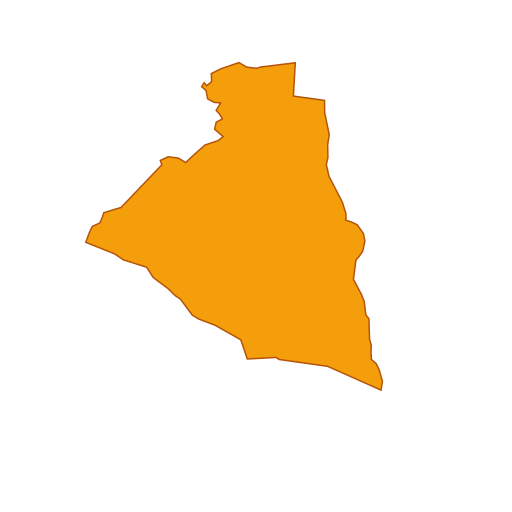 Ould Yenge, Guidimaka, Mauritania, rotated 329°
{"feature_id": "47542326B88135317282644", "entity_name": "Ould Yenge", "entity_type": "district", "adm_level": 2, "iso_a3": "MRT", "parent_name": "Mauritania", "parent_adm1": "Guidimaka", "projection": "albers", "projection_center": [-11.856, 15.622], "detail": "fine", "context": "isolated", "style": "filled", "palette": "amber", "viewbox_px": 512, "rotation_deg": 329, "n_neighbors": 0, "source": "geoboundaries", "source_scale": "gbopen_adm2", "svg_char_len": 1383}
<svg xmlns="http://www.w3.org/2000/svg" viewBox="0 0 512 512"><g transform="rotate(329 256 256)"><path d="M294.1,435.4L299.8,428.6L302.9,417.3L303.4,413.3L303.3,412.7L303.4,411.3L303.6,410.3L302.7,407.4L301.6,404.0L303.0,401.6L304.5,398.6L305.7,396.6L308.7,392.2L309.5,389.5L310.4,385.9L313.1,381.2L317.3,373.5L318.2,372.0L320.4,368.2L319.9,362.9L322.2,357.8L325.4,350.5L326.6,342.8L327.5,326.2L339.6,310.9L344.4,309.4L350.1,306.7L353.2,303.4L356.9,299.5L358.4,295.5L359.6,292.2L358.9,281.5L355.5,276.3L351.3,271.3L352.6,270.0L354.9,266.0L357.7,254.4L359.6,225.4L363.3,213.9L368.3,208.7L374.9,197.3L381.2,189.9L388.7,168.5L392.8,161.5L394.9,157.9L370.4,138.2L389.2,110.6L357.3,96.4L353.1,95.4L345.2,89.2L341.0,81.4L321.9,77.4L311.7,76.6L307.8,83.6L301.5,84.7L300.8,80.8L296.6,82.9L298.4,88.4L295.5,96.4L299.2,102.7L304.5,106.6L296.8,110.7L297.8,115.2L297.8,121.2L290.8,120.8L285.8,126.0L289.3,136.8L282.6,137.5L269.6,134.6L256.3,137.0L243.9,139.7L239.8,132.0L231.8,125.7L223.2,124.8L222.3,129.3L165.4,144.9L147.9,140.5L144.5,143.4L139.2,147.3L135.2,146.8L130.9,146.3L125.0,150.3L117.1,156.6L135.9,181.4L140.4,191.1L156.5,209.3L156.8,221.2L159.2,227.5L163.7,238.3L166.5,248.8L168.9,253.7L170.0,264.1L170.9,273.9L174.4,280.5L185.2,294.2L199.8,320.0L195.5,339.8L220.8,353.2L222.5,356.6L242.5,372.8L260.6,387.5L294.1,435.4Z" fill="#f59e0b" stroke="#b45309" stroke-width="1.5"/></g></svg>